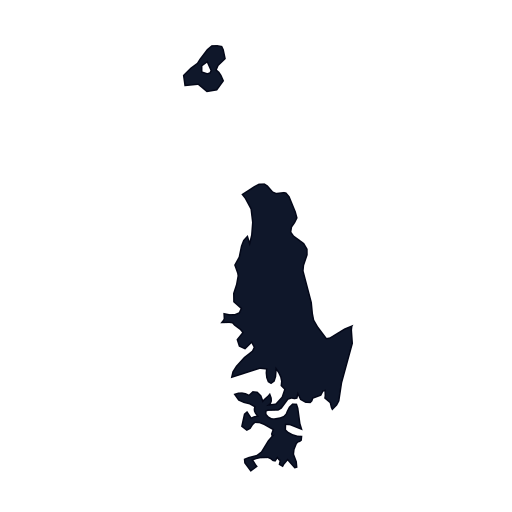 outline of Musandam, rotated 163°
{"feature_id": "OMN-2425", "entity_name": "Musandam", "entity_type": "Province", "adm_level": 1, "iso_a3": "OMN", "parent_name": "Oman", "parent_adm1": "", "projection": "mercator", "projection_center": [56.333, 25.799], "detail": "fine", "context": "isolated", "style": "filled", "palette": "ink", "viewbox_px": 512, "rotation_deg": 163, "n_neighbors": 0, "source": "natural_earth", "source_scale": "10m", "svg_char_len": 2926}
<svg xmlns="http://www.w3.org/2000/svg" viewBox="0 0 512 512"><g transform="rotate(163 256 256)"><path d="M209.5,307.7L209.0,307.4L207.1,303.0L205.6,286.7L205.8,280.5L209.4,276.7L213.6,273.4L215.9,268.7L214.4,264.1L206.8,253.9L205.3,247.6L206.9,242.2L213.3,233.3L215.5,228.0L216.8,195.3L219.0,184.5L219.7,177.8L218.0,170.4L212.9,156.3L209.2,155.9L192.5,160.2L184.9,160.9L185.0,160.8L186.5,157.3L189.5,144.3L211.3,109.8L219.2,93.3L222.5,90.0L227.8,87.1L228.1,89.1L227.8,94.1L231.6,100.0L230.6,102.1L229.2,107.3L231.6,107.3L234.8,104.0L243.3,103.5L245.0,101.2L247.0,100.1L251.3,101.7L255.2,105.8L256.2,112.2L258.5,108.2L260.8,108.4L263.6,109.9L267.4,109.8L276.3,103.2L279.8,102.3L289.8,105.1L292.0,104.8L292.9,101.7L291.4,98.4L288.9,95.8L286.5,94.8L280.1,94.0L276.2,94.3L273.2,96.0L271.4,98.3L268.2,101.6L264.3,103.6L260.7,102.3L260.6,98.2L263.1,82.9L263.1,77.1L272.7,84.8L277.0,86.4L278.8,81.1L277.2,78.2L273.6,74.5L269.0,71.4L265.2,70.1L266.6,66.7L268.4,66.0L270.4,66.0L272.3,64.9L276.3,59.9L278.2,55.5L277.7,47.5L278.8,42.2L280.8,42.2L285.3,52.1L290.4,48.8L292.0,47.2L294.5,49.9L292.9,52.6L292.8,53.6L293.5,54.5L294.5,57.1L297.6,54.5L299.5,55.5L301.1,57.9L303.4,59.9L311.0,62.0L315.0,62.3L319.3,62.1L318.6,60.5L317.5,56.3L316.8,54.6L323.8,52.1L327.1,61.4L326.4,64.9L321.8,65.3L313.5,64.9L308.0,66.9L298.2,75.6L292.7,79.1L293.1,79.1L293.0,81.2L290.2,85.0L297.5,92.7L301.3,95.7L305.7,97.3L308.7,95.8L312.1,92.9L315.7,92.2L319.3,97.3L313.2,108.1L310.2,109.4L308.1,102.3L304.8,102.7L301.1,102.3L302.4,105.9L302.7,108.2L302.3,110.1L301.1,112.2L305.3,116.6L310.2,119.5L314.6,123.3L316.8,129.9L313.0,129.9L309.5,129.0L306.3,127.3L303.4,124.7L298.7,127.0L294.7,125.3L292.3,120.9L292.0,115.0L290.1,116.2L285.1,118.5L283.3,119.7L283.1,115.8L283.8,112.9L285.3,110.9L287.8,109.8L280.3,108.5L272.2,113.3L267.3,120.1L269.7,124.7L268.0,128.7L267.6,133.1L268.3,137.8L269.7,142.4L272.6,135.0L275.3,131.1L278.8,129.9L280.9,132.2L281.2,136.5L280.3,141.2L278.8,144.9L285.2,147.6L314.6,147.2L311.8,152.0L306.8,156.3L296.7,162.3L287.1,166.0L284.2,169.2L285.3,175.0L293.6,170.6L298.2,174.7L298.3,181.5L290.8,186.6L292.3,190.3L296.7,196.3L297.9,199.0L300.9,200.4L308.1,202.4L305.6,204.1L304.6,205.3L303.4,210.1L298.6,207.5L293.3,206.0L288.5,206.5L285.3,210.1L290.5,218.7L288.2,226.7L282.8,234.4L278.8,242.2L278.4,244.9L278.8,253.5L272.3,259.8L266.9,269.7L263.2,274.4L258.5,277.2L258.5,269.5L253.9,277.3L249.3,289.1L246.9,302.4L249.3,314.5L251.0,318.8L237.4,322.7L232.2,323.7L227.0,322.3L224.7,319.6L221.5,312.3L218.5,309.8L210.8,308.4L209.5,307.7ZM274.0,439.8L272.4,449.8L263.3,454.6L255.6,457.3L251.9,460.5L242.2,467.5L236.8,469.8L231.7,468.4L227.6,466.3L227.3,464.2L227.1,462.8L227.9,453.8L236.6,449.4L239.8,445.6L237.9,442.6L236.8,439.0L236.1,433.1L245.0,426.4L254.8,427.7L261.0,437.2L274.0,439.8ZM245.8,456.1L252.3,453.8L254.1,447.8L249.3,444.4L246.4,444.5L244.6,446.4L245.8,456.1Z" fill="#0f172a" stroke="#020617" stroke-width="1.5"/></g></svg>